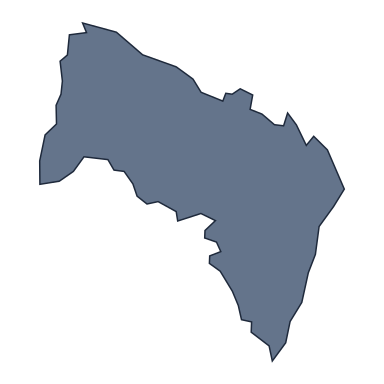 the district of Denau, Surkhandarya, Uzbekistan
{"feature_id": "79887680B8984486268693", "entity_name": "Denau", "entity_type": "district", "adm_level": 2, "iso_a3": "UZB", "parent_name": "Uzbekistan", "parent_adm1": "Surkhandarya", "projection": "mercator", "projection_center": [67.808, 38.294], "detail": "fine", "context": "isolated", "style": "filled", "palette": "slate", "viewbox_px": 384, "rotation_deg": 0, "n_neighbors": 0, "source": "geoboundaries", "source_scale": "gbopen_adm2", "svg_char_len": 915}
<svg xmlns="http://www.w3.org/2000/svg" viewBox="0 0 384 384"><path d="M60.1,61.2L62.4,81.1L61.0,94.2L56.1,105.3L56.5,124.0L45.1,134.9L39.7,160.9L39.9,184.3L59.3,181.2L73.4,171.4L84.0,156.8L107.9,159.6L114.0,170.1L124.1,171.4L132.9,183.9L137.1,196.2L147.0,204.0L158.1,201.6L176.2,211.6L177.7,221.0L200.9,213.5L215.4,220.6L205.0,230.5L204.7,238.0L216.5,242.1L220.8,251.6L209.7,255.9L209.4,263.4L220.2,271.2L232.4,291.3L238.3,305.5L241.5,319.7L251.6,321.9L251.2,332.2L269.1,345.9L272.3,361.0L285.7,342.8L290.1,321.5L301.8,302.4L308.3,272.8L315.4,254.4L319.1,226.5L333.6,206.5L344.3,189.1L327.4,149.9L313.7,136.3L306.3,145.4L296.4,124.9L287.6,113.0L283.6,125.8L274.4,124.7L262.0,114.1L250.1,109.4L252.7,95.0L240.2,88.8L232.2,94.2L225.8,93.3L222.8,101.1L201.1,92.3L193.0,79.1L176.3,66.9L142.6,54.8L116.4,32.2L82.6,23.0L86.5,32.6L69.4,34.8L67.4,55.0L60.1,61.2Z" fill="#64748b" stroke="#1e293b" stroke-width="1.5"/></svg>